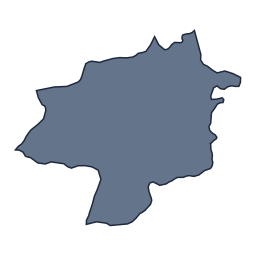 the Province of Sivas
{"feature_id": "TUR-2295", "entity_name": "Sivas", "entity_type": "Province", "adm_level": 1, "iso_a3": "TUR", "parent_name": "Turkey", "parent_adm1": "", "projection": "equal_earth", "projection_center": [37.51, 39.556], "detail": "medium", "context": "isolated", "style": "filled", "palette": "slate", "viewbox_px": 256, "rotation_deg": 0, "n_neighbors": 0, "source": "natural_earth", "source_scale": "10m", "svg_char_len": 1822}
<svg xmlns="http://www.w3.org/2000/svg" viewBox="0 0 256 256"><path d="M180.9,42.7L182.5,41.7L182.8,40.0L182.0,38.9L182.2,36.0L183.0,34.8L186.1,34.0L189.6,33.6L192.2,32.5L194.4,30.5L200.8,54.3L200.6,60.0L203.4,64.3L207.7,66.4L212.4,70.1L217.1,72.9L224.9,71.0L232.9,73.6L240.6,77.4L240.4,82.6L238.8,86.4L235.3,86.4L231.8,85.8L227.8,86.7L224.3,89.3L220.5,88.7L217.0,85.9L213.6,87.9L210.7,96.2L211.4,99.4L216.6,99.2L222.2,97.8L223.8,99.7L223.0,102.5L220.0,102.8L217.2,104.3L215.2,107.6L211.5,112.7L210.7,123.2L208.9,126.7L209.8,130.6L212.5,133.2L215.1,134.8L216.9,137.3L216.2,138.9L213.5,140.7L211.3,143.1L210.3,143.4L210.7,144.5L210.9,149.6L211.9,152.5L212.4,155.5L212.0,159.2L212.8,162.4L212.2,165.8L210.5,168.5L204.5,170.6L199.0,174.9L194.0,176.4L188.9,175.6L186.1,176.2L183.5,177.3L177.5,177.4L174.6,178.9L171.9,180.8L169.0,182.0L166.2,183.9L159.8,185.3L153.3,182.0L149.9,182.9L148.2,186.8L149.0,191.6L151.3,198.3L151.7,200.5L150.5,204.3L145.0,210.4L141.7,212.7L140.0,213.3L136.1,218.1L132.2,221.8L127.6,223.9L110.3,225.5L106.4,223.2L96.4,221.8L86.3,224.4L86.5,220.2L88.9,215.3L89.2,213.6L92.3,204.4L94.4,196.3L97.6,188.8L100.9,179.3L98.2,170.2L92.1,166.9L85.5,165.7L78.3,165.7L71.4,168.1L67.6,166.7L63.8,163.7L51.1,161.9L45.2,164.0L37.7,162.9L30.4,157.5L27.9,157.1L25.4,156.1L23.1,152.2L19.4,150.2L15.4,149.9L18.3,146.4L21.8,143.8L24.2,140.5L26.1,136.7L28.5,133.0L31.2,129.7L37.8,124.5L43.5,118.9L45.8,110.6L45.6,108.2L44.8,106.1L42.1,104.6L38.5,98.0L36.4,90.6L54.2,87.0L66.9,86.4L78.2,82.0L80.6,79.5L82.1,75.6L83.8,69.6L85.8,63.7L88.5,62.1L91.4,61.2L100.2,62.4L103.0,61.2L113.0,58.5L120.0,57.6L126.5,57.9L132.9,57.0L135.7,55.5L138.3,53.3L143.4,52.3L146.1,51.2L150.7,44.6L154.6,36.7L158.8,44.9L164.6,49.7L167.3,49.3L169.5,47.6L171.8,44.5L174.6,42.4L180.9,42.7Z" fill="#64748b" stroke="#1e293b" stroke-width="1.5"/></svg>